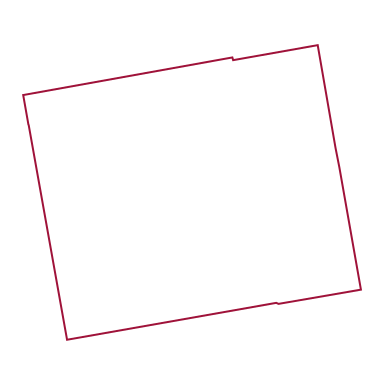 outline of Bent, Colorado, United States of America, rotated 260°
{"feature_id": "52423323B38382285790282", "entity_name": "Bent", "entity_type": "district", "adm_level": 2, "iso_a3": "USA", "parent_name": "United States of America", "parent_adm1": "Colorado", "projection": "mercator", "projection_center": [-103.006, 37.955], "detail": "fine", "context": "isolated", "style": "outline", "palette": "rose", "viewbox_px": 384, "rotation_deg": 260, "n_neighbors": 0, "source": "geoboundaries", "source_scale": "gbopen_adm2", "svg_char_len": 313}
<svg xmlns="http://www.w3.org/2000/svg" viewBox="0 0 384 384"><g transform="rotate(260 192 192)"><path d="M316.8,42.6L286.8,42.6L286.3,42.8L68.2,43.3L68.2,255.7L66.8,257.8L66.5,341.4L190.7,341.4L210.3,341.0L314.8,341.3L314.7,255.4L317.5,255.1L316.8,42.6Z" fill="none" stroke="#9f1239" stroke-width="2"/></g></svg>